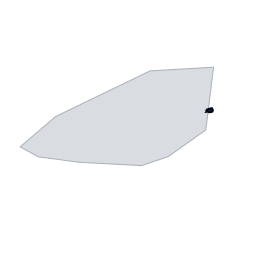 Balembouche, Choiseul, Saint Lucia (highlighted), rotated 242°
{"feature_id": "8701671B72959640308554", "entity_name": "Balembouche", "entity_type": "district", "adm_level": 2, "iso_a3": "LCA", "parent_name": "Saint Lucia", "parent_adm1": "Choiseul", "projection": "natural_earth1", "projection_center": [-61.027, 13.761], "detail": "fine", "context": "in_parent", "style": "filled", "palette": "ink", "viewbox_px": 256, "rotation_deg": 242, "n_neighbors": 0, "source": "geoboundaries", "source_scale": "gbopen_adm2", "svg_char_len": 1246}
<svg xmlns="http://www.w3.org/2000/svg" viewBox="0 0 256 256"><g transform="rotate(242 128 128)"><path d="M168.1,174.3L141.5,232.1L89.8,195.8L83.9,150.1L88.4,122.4L120.1,69.6L144.7,35.2L162.0,23.9L172.1,69.5L168.1,174.3Z" fill="#d9dde1" stroke="#a8b0b8" stroke-width="1"/><path d="M102.6,210.2L102.9,210.4L103.0,210.7L103.0,210.8L103.4,210.9L103.6,211.1L103.8,211.5L104.1,211.4L104.4,211.4L104.6,211.6L104.8,211.7L105.1,211.5L105.4,211.5L105.7,211.6L105.8,211.6L106.0,211.7L106.4,211.2L106.4,210.9L106.5,210.8L106.5,210.7L106.6,210.4L106.8,210.3L106.9,210.1L106.9,209.9L106.9,209.7L106.9,209.4L106.9,209.2L106.9,208.9L106.9,208.7L107.0,208.7L107.2,208.4L107.2,208.2L107.2,207.9L107.3,207.8L107.3,207.7L107.2,207.7L107.1,207.3L107.0,207.2L106.9,207.0L106.9,206.9L106.8,206.7L106.8,206.4L106.8,206.2L106.9,205.9L107.0,205.9L106.9,205.8L106.9,205.7L106.8,205.8L106.7,205.8L106.4,205.8L106.4,205.7L106.2,205.6L106.1,205.4L106.0,205.2L105.9,205.0L105.9,204.9L105.7,204.7L105.6,204.4L105.5,204.2L104.7,206.1L104.6,206.3L104.4,206.4L104.2,206.4L104.2,206.5L104.0,206.8L103.9,206.8L103.7,206.9L103.7,207.0L103.5,207.4L103.4,207.5L103.4,207.8L103.2,207.9L103.2,208.0L103.0,208.3L102.6,210.2Z" fill="#0f172a" stroke="#020617" stroke-width="1.5"/></g></svg>